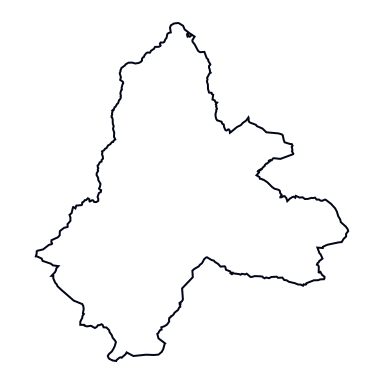 Runcu, Vâlcea, Romania (Equal Earth projection)
{"feature_id": "2599482B23633256734970", "entity_name": "Runcu", "entity_type": "district", "adm_level": 2, "iso_a3": "ROU", "parent_name": "Romania", "parent_adm1": "Vâlcea", "projection": "equal_earth", "projection_center": [24.459, 45.191], "detail": "fine", "context": "isolated", "style": "outline", "palette": "ink", "viewbox_px": 384, "rotation_deg": 0, "n_neighbors": 0, "source": "geoboundaries", "source_scale": "gbopen_adm2", "svg_char_len": 5937}
<svg xmlns="http://www.w3.org/2000/svg" viewBox="0 0 384 384"><path d="M284.2,280.0L286.7,280.3L288.9,281.8L294.9,283.2L298.1,284.5L300.8,284.6L303.0,285.7L303.6,284.4L304.5,284.7L306.0,284.5L306.2,284.2L305.9,283.8L306.5,283.2L313.9,280.3L318.2,280.2L320.1,279.4L324.0,279.2L324.5,278.2L324.5,276.8L322.0,274.8L320.4,271.9L319.3,272.6L318.7,272.3L318.8,266.7L318.2,265.3L316.9,264.7L317.6,263.1L318.6,262.4L319.3,261.0L322.5,258.6L320.6,254.3L319.5,253.3L317.4,247.6L322.8,248.0L322.9,246.8L327.2,244.8L338.5,242.4L341.6,242.1L343.7,238.8L346.1,236.5L346.1,233.8L348.2,231.1L347.6,229.1L346.0,226.8L340.8,222.1L340.2,219.5L338.2,216.1L336.9,211.7L335.1,208.3L331.0,203.8L325.6,199.7L324.7,199.7L322.2,200.8L320.5,200.6L318.9,199.5L316.7,199.6L314.9,197.6L313.3,198.1L311.5,197.9L307.9,198.9L304.9,199.0L302.6,197.3L299.7,197.6L295.8,195.9L295.3,197.7L293.7,196.7L292.4,197.1L289.9,198.6L287.3,201.2L286.4,198.2L284.7,196.2L283.9,196.1L281.4,197.3L280.4,197.3L280.5,196.6L281.7,195.0L280.2,193.1L279.8,190.9L278.8,189.9L274.5,188.7L272.2,187.1L267.4,182.3L263.5,179.7L262.5,179.7L261.7,178.9L260.0,178.8L259.4,177.0L256.5,175.3L259.1,172.4L259.0,171.9L257.8,171.4L257.9,171.1L259.4,170.0L259.8,170.2L259.8,171.0L260.2,169.9L260.7,170.0L261.0,169.1L261.9,169.0L262.7,167.6L264.8,165.8L264.8,165.1L266.4,163.5L267.2,163.5L268.8,162.0L268.8,160.8L269.3,160.4L269.6,160.3L269.5,160.9L270.0,161.2L271.1,160.2L271.8,160.2L272.7,158.7L273.7,158.2L280.4,158.9L293.1,154.2L293.3,153.7L291.9,151.1L292.4,150.4L292.4,149.7L291.7,146.9L292.6,145.8L291.8,144.1L290.1,144.0L284.6,142.3L283.7,139.9L282.8,135.4L281.8,134.4L278.4,133.4L266.4,132.3L262.4,128.5L256.8,126.1L255.9,124.8L250.1,122.6L249.3,122.0L248.6,120.8L248.7,118.4L248.4,117.4L246.1,120.6L242.7,123.0L240.9,125.1L237.0,127.0L230.4,132.5L229.9,132.8L229.7,130.7L228.8,129.4L228.2,129.4L226.6,130.5L225.5,130.2L224.1,127.1L223.7,124.5L222.3,123.7L221.5,121.7L217.1,120.3L216.2,118.8L215.6,116.4L215.5,113.9L216.3,111.1L216.3,109.7L217.0,108.8L216.1,106.7L216.4,105.9L215.8,104.3L217.1,102.6L215.6,102.3L214.7,100.4L212.5,99.5L213.2,94.8L211.9,94.1L211.6,92.8L209.1,92.6L208.0,89.0L207.9,84.7L206.9,81.4L207.5,79.5L207.1,77.9L209.7,73.1L210.6,72.7L210.2,72.2L209.6,69.0L209.0,67.7L209.1,65.8L210.2,64.9L210.3,64.3L208.2,60.7L208.2,59.6L206.6,57.9L204.4,51.9L200.2,52.2L198.8,51.4L198.0,50.7L194.8,44.6L192.5,41.6L192.4,40.1L194.6,36.6L190.8,34.0L190.4,34.2L190.9,35.8L189.8,36.7L188.8,36.3L187.6,36.7L187.3,35.8L187.8,35.1L187.1,34.7L187.0,34.2L187.7,33.5L189.5,33.2L184.7,29.5L183.1,25.8L179.3,23.4L178.1,23.0L173.9,23.5L170.8,25.4L170.0,27.7L170.8,32.4L168.4,33.1L167.3,34.1L166.5,38.0L165.3,39.4L164.3,41.9L163.2,42.5L160.6,42.5L159.9,43.8L160.6,45.5L160.3,46.0L158.8,46.8L155.0,46.9L154.0,48.8L151.1,50.7L149.9,52.7L147.5,52.5L146.2,53.2L144.4,55.5L143.9,57.0L142.7,57.6L142.0,58.9L142.0,60.6L140.5,62.1L138.6,63.0L135.3,63.5L132.1,62.6L128.5,62.7L126.0,64.1L124.6,65.7L121.5,67.9L120.4,70.6L120.6,71.0L119.7,73.4L120.9,77.1L120.2,79.9L122.9,81.8L123.2,83.4L122.6,84.1L121.6,87.8L121.9,89.7L121.2,90.2L120.7,91.8L120.4,93.6L120.9,96.0L120.6,96.5L120.8,97.6L120.1,99.3L119.1,100.1L118.1,103.2L117.0,104.1L115.6,106.6L114.5,107.4L113.8,109.4L113.1,109.8L113.3,110.3L112.2,110.7L112.5,111.5L112.0,113.4L112.2,114.8L111.6,115.8L111.6,117.2L112.1,117.4L112.7,119.5L112.8,123.7L113.7,126.2L113.0,128.8L114.2,132.6L114.0,136.8L115.3,139.4L113.5,140.8L113.2,141.9L111.8,142.2L110.3,144.2L108.1,145.4L106.4,148.2L105.1,148.7L103.9,150.4L102.0,151.4L102.4,152.7L102.1,153.6L102.2,155.2L102.7,156.0L103.0,158.6L101.6,160.1L101.5,161.6L99.7,162.4L98.6,164.7L97.6,165.5L97.8,167.2L98.3,168.1L97.7,169.6L98.1,170.9L96.7,173.3L96.6,175.1L98.2,178.0L98.2,179.8L100.5,183.9L99.9,186.9L99.0,188.5L99.5,189.3L101.1,190.1L100.9,191.9L98.9,193.1L97.7,196.4L97.6,197.1L98.3,198.7L98.2,200.9L96.5,202.0L95.0,202.1L94.1,201.9L93.3,200.5L92.2,200.2L89.8,201.5L89.4,201.0L89.3,199.2L87.9,198.3L86.1,200.1L84.7,200.2L83.8,201.6L82.2,202.5L82.2,204.0L81.6,205.1L76.3,205.6L75.4,208.4L73.4,207.0L73.0,207.2L71.6,213.1L69.5,214.9L70.4,217.3L70.4,220.9L67.5,224.2L67.7,226.3L67.5,227.0L64.1,227.8L60.1,230.9L59.8,231.7L59.7,235.3L57.9,237.3L51.5,240.2L51.3,242.0L52.1,243.5L51.8,244.1L48.9,244.9L43.1,249.4L37.2,250.8L36.7,251.4L36.7,253.4L35.8,256.4L37.2,256.5L41.7,258.6L42.6,260.9L50.9,263.7L53.0,265.4L58.4,266.1L56.3,268.4L56.0,270.2L55.0,272.2L51.5,275.9L53.3,276.0L53.3,278.4L55.2,282.7L56.8,284.5L57.5,286.2L61.4,289.9L73.7,300.6L82.3,304.1L83.3,306.1L83.7,309.1L82.9,313.3L83.9,314.0L82.6,315.6L82.2,317.9L80.3,321.7L80.3,324.9L84.3,324.9L84.4,325.6L86.8,326.4L91.0,325.8L94.9,328.0L96.6,327.0L98.1,325.1L99.7,325.1L101.5,324.2L102.6,325.0L103.6,327.3L106.5,327.5L109.2,330.3L109.6,332.2L111.7,335.0L112.7,337.8L115.0,340.5L115.9,342.1L114.8,346.0L113.3,349.1L111.8,351.5L108.7,354.3L107.8,356.0L108.6,358.0L109.4,358.9L112.8,360.5L116.2,361.0L116.5,360.1L119.4,357.7L121.0,357.3L121.7,357.7L125.8,354.0L126.6,352.4L133.4,356.0L146.1,354.7L153.7,355.0L158.5,354.6L161.7,351.9L163.2,349.2L164.7,343.8L165.1,343.4L158.5,338.4L157.3,333.9L158.2,333.2L159.9,330.3L161.6,329.6L161.3,327.3L164.5,326.2L167.1,324.5L169.2,321.5L169.0,319.8L169.4,317.8L170.5,317.4L170.8,316.4L172.5,315.6L174.1,313.7L174.5,312.7L178.0,310.0L179.2,307.5L180.3,306.8L180.1,305.0L180.4,304.4L179.7,304.4L179.5,303.0L181.9,301.3L182.9,299.5L182.1,288.4L192.8,277.2L192.4,270.7L194.2,269.0L198.7,266.4L200.1,264.6L201.3,263.8L202.2,262.9L204.2,259.1L206.3,257.4L207.0,257.3L211.4,259.9L213.9,260.7L215.0,262.0L218.1,263.9L220.5,266.6L224.7,266.3L225.5,267.5L225.9,269.7L230.4,271.5L230.4,273.2L231.9,274.2L232.2,274.0L232.0,272.9L232.7,272.7L232.9,273.3L239.0,274.1L240.6,274.7L241.8,273.8L245.2,274.4L246.7,273.7L250.4,276.9L251.5,277.0L254.8,276.1L260.2,276.3L262.4,276.6L263.4,277.7L264.6,278.3L266.1,277.5L269.1,278.2L271.3,277.0L276.7,276.7L278.0,277.8L282.4,277.6L284.2,280.0Z" fill="none" stroke="#020617" stroke-width="2"/></svg>